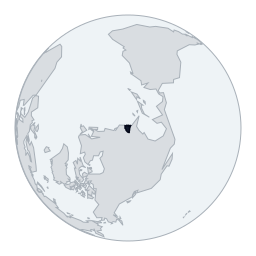 South Carolina highlighted on a globe, orthographic projection, rotated 225°
{"feature_id": "USA-3545", "entity_name": "South Carolina", "entity_type": "State", "adm_level": 1, "iso_a3": "USA", "parent_name": "United States of America", "parent_adm1": "", "projection": "orthographic", "projection_center": [-80.855, 33.625], "detail": "medium", "context": "on_globe", "style": "filled", "palette": "ink", "viewbox_px": 256, "rotation_deg": 225, "n_neighbors": 0, "source": "natural_earth", "source_scale": "10m", "svg_char_len": 10110}
<svg xmlns="http://www.w3.org/2000/svg" viewBox="0 0 256 256"><g transform="rotate(225 128 128)"><circle cx="128" cy="128" r="113" fill="#eef3f6" stroke="#a8b0b8"/><path d="M133.2,176.1L130.5,175.0L127.9,178.1L118.7,173.0L115.3,166.7L86.8,153.2L83.9,149.3L83.8,143.7L74.6,122.6L78.5,141.4L74.8,137.1L72.0,130.0L73.7,128.9L71.9,118.9L68.7,114.2L68.8,101.8L76.0,88.1L77.0,91.0L78.6,87.6L77.5,83.9L76.3,82.4L80.4,68.1L77.8,58.3L73.4,58.0L77.2,56.1L66.5,57.8L62.8,55.6L69.2,56.4L71.5,55.4L70.1,52.9L72.3,51.3L72.8,49.3L75.5,47.7L79.0,48.7L80.8,47.8L79.7,46.1L81.6,43.8L83.0,46.3L86.6,42.5L93.1,44.0L94.5,53.2L100.4,53.7L107.6,62.6L109.2,60.8L112.9,63.5L116.1,62.5L116.5,64.7L118.7,62.1L117.7,60.3L118.3,58.6L120.0,57.9L120.9,60.5L120.2,61.2L121.4,61.7L121.0,63.3L122.2,62.1L123.1,65.6L124.8,61.3L127.7,63.3L127.6,65.9L124.2,66.7L115.3,75.6L114.1,78.9L115.9,82.5L126.4,86.7L126.5,90.1L129.2,94.0L130.7,91.4L129.2,87.5L132.7,84.1L130.4,80.1L131.5,78.2L130.5,73.9L134.4,73.5L138.6,75.5L139.6,79.2L141.6,80.3L143.6,76.1L148.4,82.6L156.6,86.6L157.4,88.6L153.6,93.2L146.0,94.6L141.1,101.7L148.0,96.2L150.0,101.7L151.9,102.3L154.0,101.6L154.7,99.3L156.1,101.1L149.8,107.0L148.4,105.4L150.4,103.4L146.8,104.3L142.6,108.8L143.9,111.5L136.1,116.3L136.9,118.4L135.7,120.8L134.9,117.0L136.2,124.0L127.2,132.3L128.8,144.5L123.1,135.2L118.6,134.1L113.2,134.2L113.4,136.2L106.0,134.3L99.6,138.0L97.5,147.3L100.3,154.7L108.5,155.7L110.8,151.8L116.7,151.2L112.8,161.7L123.2,163.4L122.3,171.1L125.4,174.9L130.5,173.8L135.8,175.4L139.5,170.9L145.4,167.9L145.7,174.0L148.8,168.1L152.3,170.6L164.0,168.5L163.1,170.1L173.0,175.0L183.4,175.2L185.8,178.7L184.6,181.6L188.1,181.1L188.1,182.8L201.6,179.8L208.1,180.4L207.7,185.7L201.7,194.2L195.0,207.4L184.0,214.8L180.3,219.4L170.3,226.8L163.7,228.2L164.7,229.9L160.4,231.9L155.9,232.9L154.4,234.3L151.0,234.9L152.8,235.3L146.5,237.4L147.3,238.1L142.5,239.3L143.1,239.4L141.6,239.6L139.8,239.9L139.4,240.0L135.1,240.1L134.8,239.5L137.0,238.8L135.0,238.8L139.8,236.8L137.3,237.4L139.4,234.0L143.6,230.2L147.7,217.4L145.5,214.7L137.2,211.9L127.2,200.0L130.1,194.6L127.8,192.1L135.3,183.8L133.2,176.1ZM25.2,113.0L25.9,110.6L26.0,112.9L25.2,113.0ZM26.1,108.7L25.9,109.6L26.0,108.7L26.1,108.7ZM25.9,107.7L26.0,108.4L25.8,107.9L25.9,107.7ZM25.6,106.7L25.8,107.2L25.6,106.7ZM128.4,148.6L140.3,153.6L133.7,154.7L134.9,153.6L131.9,151.4L126.3,149.5L120.5,150.7L128.4,148.6ZM25.5,104.5L25.5,103.8L25.8,104.0L25.5,104.5ZM133.3,141.7L131.3,141.4L133.3,141.2L133.3,141.7ZM75.5,82.0L77.2,84.1L77.4,88.1L75.7,86.5L75.5,82.0ZM75.4,74.7L76.8,75.1L74.8,78.3L74.6,77.1L75.4,74.7ZM69.8,58.3L70.8,59.5L69.1,58.9L69.8,58.3ZM72.4,49.3L71.5,49.5L72.1,48.4L72.4,49.3ZM128.5,74.4L129.5,74.2L129.1,75.1L128.5,74.4ZM127.1,72.9L126.0,74.2L125.1,73.6L125.9,72.9L127.1,72.9ZM76.8,45.1L78.2,43.4L77.4,45.3L76.8,45.1ZM128.7,71.5L123.8,72.6L122.4,71.7L123.9,68.0L128.7,71.5ZM79.5,42.6L82.8,38.8L81.0,38.8L88.1,36.9L82.9,40.6L82.2,42.8L81.2,41.9L79.5,42.6ZM116.6,60.0L117.7,61.9L115.1,61.0L116.6,60.0ZM114.8,59.9L105.9,60.0L105.0,57.1L108.2,57.5L105.8,54.5L109.8,52.9L112.0,54.3L111.7,56.4L113.4,54.3L114.8,59.9ZM91.5,36.6L92.8,35.9L92.1,36.8L91.5,36.6ZM118.3,57.9L116.6,58.0L115.7,55.5L119.0,54.7L118.3,55.7L118.3,57.9ZM103.2,54.5L103.2,52.6L106.4,50.8L106.8,49.8L109.8,52.7L103.2,54.5ZM119.3,56.0L120.7,54.4L122.7,55.0L119.9,57.5L119.3,56.0ZM114.1,55.2L113.9,54.0L115.1,54.4L114.1,55.2ZM130.7,56.7L128.6,56.8L128.0,55.5L130.7,56.7ZM121.1,53.7L120.4,53.5L119.9,53.0L121.2,52.1L121.1,53.7ZM111.8,51.3L113.2,51.0L110.8,50.0L113.1,48.8L114.6,51.0L114.9,49.5L115.6,49.2L116.1,51.4L111.8,51.3ZM121.1,49.9L123.9,52.5L127.9,52.5L128.5,53.7L122.1,53.5L121.1,49.9ZM118.2,50.6L120.2,50.4L120.0,51.8L118.5,52.8L118.2,50.6ZM114.1,47.3L110.1,48.6L109.9,48.1L114.1,47.3ZM122.3,49.6L121.6,49.0L122.6,49.4L122.3,49.6ZM116.6,47.6L115.3,48.1L115.1,47.5L116.6,47.6ZM121.4,47.4L122.3,48.2L121.3,48.9L121.4,47.4ZM119.2,47.3L119.3,46.4L120.4,48.7L118.7,47.6L119.2,47.3ZM116.7,47.0L116.1,46.8L117.3,46.9L116.7,47.0ZM124.6,44.6L126.2,47.3L124.0,48.7L122.7,45.8L124.6,44.6ZM142.0,239.8L135.3,240.2L139.2,240.0L142.5,239.5L145.7,239.2L142.0,239.8ZM151.4,238.0L154.8,237.2L155.5,237.1L153.3,237.7L151.4,238.0ZM213.6,54.8L208.5,49.3L213.7,56.1L211.2,54.3L204.2,46.1L199.2,40.8L198.0,39.9L198.3,41.1L194.2,38.0L198.1,41.4L198.7,41.4L201.1,43.8L200.7,43.9L199.3,42.7L200.0,44.1L206.6,49.9L208.0,50.6L211.6,56.3L214.2,58.0L216.2,60.7L212.6,58.9L210.7,57.2L206.4,57.8L208.8,60.0L212.9,59.8L212.9,60.8L216.1,64.3L213.7,62.4L208.5,62.6L209.8,68.7L216.6,81.8L216.3,85.6L213.7,87.2L206.1,78.5L207.6,71.0L205.0,68.3L200.2,67.3L201.1,65.3L199.4,64.1L199.5,61.4L195.4,55.9L194.9,53.2L189.2,49.6L188.1,47.9L191.8,50.4L194.2,51.0L192.4,45.1L190.9,43.5L187.2,41.7L187.2,40.5L183.9,39.6L180.9,36.1L181.8,39.8L177.6,38.3L173.5,35.6L172.3,35.9L179.0,40.3L181.5,41.5L183.4,41.5L190.4,46.1L191.9,48.5L185.2,46.5L186.6,49.9L180.8,47.3L166.3,36.2L162.3,32.7L164.7,28.7L168.0,29.9L168.8,31.8L171.9,31.0L169.8,30.6L169.8,29.7L165.7,28.5L165.5,27.8L162.0,27.8L161.3,26.9L163.5,26.9L156.9,24.7L154.3,23.0L153.0,22.8L152.2,23.2L149.4,21.0L148.5,21.0L149.1,21.7L147.6,22.2L144.0,22.4L143.3,21.6L144.5,21.4L145.8,20.1L149.1,20.0L148.5,19.7L145.4,19.6L143.7,21.3L141.8,21.6L142.1,20.7L141.8,21.0L140.6,21.0L138.7,20.3L138.1,21.4L125.8,23.1L120.9,22.3L122.5,21.0L113.1,22.4L108.3,22.1L108.8,22.6L104.7,24.1L106.1,24.2L106.1,24.6L96.1,29.1L93.1,29.8L89.4,33.0L89.7,33.4L91.7,33.0L88.1,36.9L81.0,38.8L80.7,37.8L76.4,40.0L76.5,37.6L74.5,36.8L77.0,33.3L75.2,33.3L73.8,34.2L70.2,35.0L68.1,34.1L76.4,30.8L80.8,32.8L79.6,31.4L81.8,30.7L82.5,29.6L81.5,29.0L80.2,29.5L88.4,24.1L89.8,22.3L85.0,24.3L81.6,25.6L80.0,26.1L87.5,22.9L95.3,20.2L103.1,18.1L111.1,16.6L119.2,15.7L127.4,15.4L135.5,15.6L143.6,16.5L151.7,17.9L159.6,19.9L167.3,22.4L174.8,25.6L182.1,29.2L189.1,33.4L195.8,38.1L202.1,43.2L208.1,48.8L213.6,54.8ZM240.6,128.5L240.5,122.3L240.2,120.9L240.1,124.6L239.6,123.0L239.3,124.7L235.3,139.2L232.5,138.8L225.3,131.3L224.8,124.2L221.8,118.5L216.3,86.4L218.3,84.0L217.5,70.8L218.0,70.0L221.6,74.8L223.8,71.4L220.4,65.9L219.0,61.8L216.6,58.4L221.5,65.2L225.9,72.3L229.8,79.8L233.1,87.5L235.8,95.4L237.9,103.5L239.5,111.7L240.4,120.1L240.6,128.5ZM221.9,99.5L223.0,101.3L221.9,99.5ZM184.2,30.4L183.5,30.0L185.0,30.9L191.6,35.1L192.0,35.3L184.2,30.4ZM164.3,168.4L165.8,169.3L163.9,169.7L164.3,168.4ZM132.9,157.4L135.4,157.4L136.7,158.4L134.8,158.8L132.9,157.4ZM153.4,155.7L156.2,155.8L153.3,156.8L153.4,155.7ZM142.1,154.2L151.2,155.8L145.6,158.3L139.9,157.3L143.8,156.4L142.1,154.2ZM132.4,145.7L133.9,146.1L133.5,147.3L132.4,145.7ZM134.8,141.7L134.2,141.8L133.4,140.8L134.8,141.7ZM150.3,101.3L150.9,100.9L153.1,100.7L152.2,101.8L150.3,101.3ZM162.0,94.5L164.0,97.7L161.9,96.1L161.1,98.0L155.6,97.3L157.5,89.6L157.6,93.1L162.0,94.5ZM148.8,94.6L152.1,95.7L148.4,94.9L148.8,94.6ZM189.7,61.3L191.2,60.8L193.2,62.7L193.8,66.9L190.8,64.1L189.7,61.3ZM192.8,59.8L186.0,57.2L185.3,54.7L186.8,56.5L187.1,55.2L189.6,57.7L195.6,58.3L197.8,60.0L197.7,66.3L196.6,63.1L195.2,63.7L192.8,59.8ZM169.7,57.3L166.8,56.8L169.2,52.0L171.7,53.1L172.5,57.0L170.0,58.2L169.7,57.3ZM132.2,65.2L131.0,65.8L130.7,65.0L131.6,63.9L132.2,65.2ZM129.8,56.9L137.6,61.8L136.5,62.7L142.4,64.9L141.9,68.2L138.1,66.6L142.1,71.0L138.4,70.9L141.4,73.6L133.1,69.7L129.9,70.1L133.6,68.4L134.2,65.3L133.5,64.1L129.3,60.9L122.9,60.4L122.4,57.5L123.8,55.6L125.3,55.3L125.1,57.2L127.2,55.4L128.1,58.0L129.8,56.9ZM140.4,38.9L139.5,40.6L143.9,38.7L144.8,40.8L145.2,40.4L147.2,41.9L150.5,43.1L150.4,44.1L151.7,44.2L153.0,45.3L154.8,45.8L155.2,47.8L157.4,48.7L156.4,49.2L160.0,50.1L157.5,50.4L159.0,52.0L160.6,50.9L158.7,62.2L159.9,67.2L162.2,71.4L157.5,71.7L152.4,68.2L147.7,63.1L147.3,58.4L145.3,59.6L144.5,57.8L146.4,57.6L143.0,56.8L142.8,55.3L138.7,51.6L133.8,51.6L132.2,50.4L134.0,49.7L131.1,49.1L133.4,46.9L132.3,46.0L133.5,43.2L137.7,42.5L136.1,41.6L136.9,39.6L140.4,38.9ZM125.0,43.8L129.9,42.1L132.7,42.5L129.4,47.4L130.1,48.4L128.1,51.8L124.0,51.2L125.0,50.3L125.0,49.3L126.3,49.8L125.2,48.6L126.5,47.3L126.0,46.1L127.7,45.8L125.0,43.8ZM216.5,67.2L216.4,66.3L215.9,64.5L217.9,66.9L216.5,67.2ZM213.1,67.3L212.7,66.2L215.3,68.3L215.3,69.4L213.1,67.3ZM210.4,63.8L212.5,65.9L211.4,65.4L210.4,63.8ZM191.3,49.4L190.7,48.2L191.5,48.4L192.8,49.5L191.3,49.4ZM153.5,34.7L152.5,35.4L151.8,35.1L148.2,35.5L147.3,34.1L149.1,33.4L153.5,34.7ZM210.6,51.5L212.8,54.0L212.0,53.2L210.6,51.5ZM216.5,60.5L216.2,59.2L217.1,61.2L216.5,60.5ZM151.8,33.3L150.5,33.6L150.8,32.8L151.8,33.3ZM146.4,33.2L146.5,32.2L146.7,34.0L146.4,33.2ZM141.8,24.2L147.9,24.9L151.6,25.0L152.7,24.1L153.7,25.8L148.0,25.7L141.8,24.2ZM127.9,23.2L126.9,24.3L125.6,23.9L125.6,23.6L127.9,23.2ZM128.5,23.8L130.6,25.2L129.0,25.8L127.6,24.6L128.5,23.8ZM141.4,28.6L143.3,28.9L143.0,29.5L141.4,28.6ZM76.7,27.7L82.5,25.3L82.8,25.4L75.3,28.5L77.0,27.6L76.1,28.1L75.4,28.4L76.7,27.7ZM92.1,35.6L92.7,35.9L91.5,36.2L92.1,35.6ZM107.0,24.6L106.7,25.2L105.2,25.3L107.0,24.6ZM105.1,27.0L106.9,26.4L105.3,27.4L105.1,27.0ZM111.0,25.1L107.8,26.4L110.4,24.8L111.0,25.1Z" fill="#d9dde1" stroke="#a8b0b8" stroke-width="1"/><path d="M131.7,127.5L131.4,127.7L131.1,127.9L130.8,128.4L130.7,128.8L130.7,128.6L130.7,128.3L130.6,128.6L130.7,128.8L130.6,129.0L130.5,128.9L130.6,129.0L130.4,129.1L130.2,129.2L130.0,129.3L129.7,129.7L129.6,129.8L129.4,129.9L129.4,130.0L129.1,130.1L128.9,130.2L128.8,130.3L128.6,130.2L128.3,130.2L128.5,130.2L128.6,130.3L128.4,130.3L128.6,130.3L128.5,130.5L128.7,130.4L128.7,130.5L128.4,130.7L128.4,130.4L128.3,130.5L128.3,130.3L128.3,130.6L128.2,130.5L128.1,130.3L128.1,130.2L128.1,130.5L128.3,130.7L128.3,130.8L128.2,130.9L128.1,131.0L128.1,130.8L128.1,130.7L128.0,131.0L127.9,131.1L127.6,131.0L127.5,130.9L127.5,130.6L127.4,130.2L127.1,130.0L127.1,129.7L126.9,129.4L126.9,129.1L126.5,128.9L126.4,128.7L126.2,128.5L126.2,128.4L126.3,128.4L126.2,128.3L126.0,128.1L125.8,128.0L125.7,127.7L125.2,127.3L125.1,127.1L125.0,126.9L124.9,126.7L124.8,126.3L124.4,126.2L124.2,126.0L124.0,125.8L124.0,125.6L124.3,125.4L124.9,125.1L125.1,125.0L125.5,124.9L127.7,125.0L127.9,125.1L128.1,125.4L128.1,125.6L129.9,125.7L131.7,127.5Z" fill="#0f172a" stroke="#020617" stroke-width="1.5"/></g></svg>